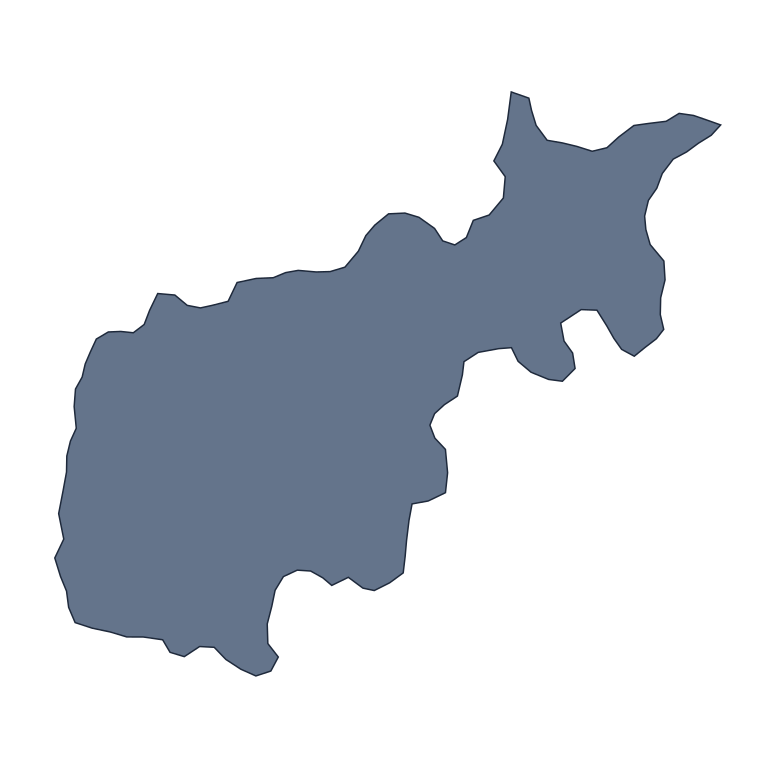 the district of Rio Doce, Minas Gerais, Brazil, rotated 5°
{"feature_id": "56859067B3793838419052", "entity_name": "Rio Doce", "entity_type": "district", "adm_level": 2, "iso_a3": "BRA", "parent_name": "Brazil", "parent_adm1": "Minas Gerais", "projection": "robinson", "projection_center": [-42.893, -20.212], "detail": "fine", "context": "isolated", "style": "filled", "palette": "slate", "viewbox_px": 768, "rotation_deg": 5, "n_neighbors": 0, "source": "geoboundaries", "source_scale": "gbopen_adm2", "svg_char_len": 1931}
<svg xmlns="http://www.w3.org/2000/svg" viewBox="0 0 768 768"><g transform="rotate(5 384 384)"><path d="M166.0,657.0L185.8,658.1L194.3,670.0L208.8,673.0L223.2,661.6L237.8,661.1L250.5,672.2L266.2,680.6L281.8,686.0L296.3,679.8L302.5,665.2L290.9,652.7L288.6,633.2L291.6,615.2L293.5,599.0L300.6,584.6L313.8,577.0L327.2,576.7L339.9,582.4L349.5,589.2L365.3,579.7L380.8,589.2L392.3,590.6L406.9,581.6L419.6,570.5L420.1,553.7L420.1,537.9L420.8,517.6L422.4,501.0L438.2,496.7L454.7,486.9L455.1,466.9L450.9,443.8L439.4,433.5L433.3,421.0L437.0,409.1L446.0,399.3L458.2,389.6L461.3,368.1L461.7,354.8L475.1,344.3L495.1,338.8L507.8,336.7L515.6,349.7L529.5,359.5L547.6,365.1L561.5,365.7L573.0,351.9L569.2,336.7L559.6,325.5L554.7,307.9L573.9,292.7L589.7,291.9L600.8,306.6L609.0,318.5L617.7,328.8L630.9,334.5L641.0,324.7L651.4,315.2L657.9,305.2L653.2,290.8L652.1,274.0L654.9,255.8L652.1,237.1L637.0,221.9L631.4,207.3L629.0,194.0L631.4,178.0L638.7,165.2L642.9,150.0L652.5,134.8L665.3,126.4L676.3,116.7L688.3,107.7L696.8,96.6L685.3,93.6L669.0,89.5L654.4,88.7L642.2,97.7L624.3,101.5L610.4,104.7L596.3,117.5L585.5,129.2L571.1,134.0L555.4,130.5L540.8,128.3L525.3,127.0L513.0,113.1L507.1,98.5L503.4,86.6L485.3,82.0L484.1,109.6L481.0,134.8L474.0,152.2L486.7,166.9L486.7,188.3L474.0,206.5L458.7,213.2L453.3,230.9L442.4,239.3L430.0,236.3L420.8,224.6L404.3,214.9L390.0,211.9L373.7,214.1L361.0,226.5L353.0,237.7L346.9,253.9L334.9,271.0L320.6,276.7L306.7,278.3L288.6,278.3L276.3,281.6L264.3,287.8L247.4,290.0L228.8,295.7L221.5,315.2L205.8,320.7L194.5,324.2L181.1,322.8L167.9,313.6L150.7,313.6L144.1,331.0L139.9,345.6L129.8,354.8L117.1,354.6L104.8,356.2L93.5,364.3L88.6,377.9L84.6,390.1L82.7,403.4L77.1,415.9L77.3,433.5L81.3,454.9L76.6,468.2L74.3,483.4L75.4,499.4L73.6,518.4L71.2,541.5L78.5,566.4L71.2,586.0L78.5,603.9L85.8,618.0L89.3,634.0L97.1,648.6L114.7,652.7L132.9,654.9L149.8,658.4L166.0,657.0Z" fill="#64748b" stroke="#1e293b" stroke-width="1.5"/></g></svg>